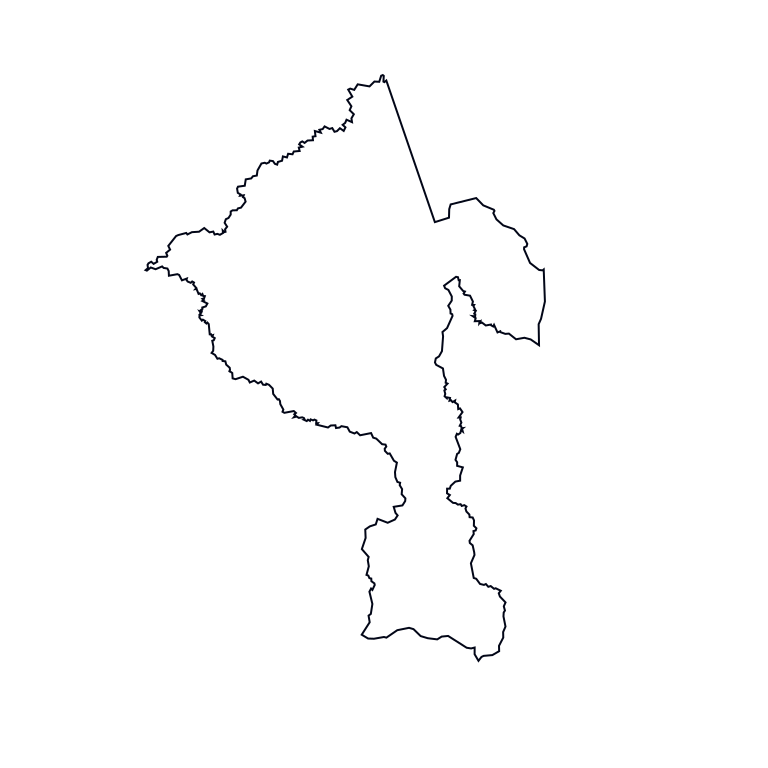 the district of Chiriguaná, Cesar, Colombia, rotated 71°
{"feature_id": "7082276B64056915020692", "entity_name": "Chiriguaná", "entity_type": "district", "adm_level": 2, "iso_a3": "COL", "parent_name": "Colombia", "parent_adm1": "Cesar", "projection": "orthographic", "projection_center": [-73.541, 9.425], "detail": "fine", "context": "isolated", "style": "outline", "palette": "ink", "viewbox_px": 768, "rotation_deg": 71, "n_neighbors": 0, "source": "geoboundaries", "source_scale": "gbopen_adm2", "svg_char_len": 6151}
<svg xmlns="http://www.w3.org/2000/svg" viewBox="0 0 768 768"><g transform="rotate(71 384 384)"><path d="M92.1,311.3L96.2,316.4L93.7,319.8L94.0,322.0L102.0,320.4L103.5,326.3L110.8,324.4L113.9,327.3L119.1,324.7L122.2,328.3L126.0,329.0L121.9,333.4L124.5,335.7L125.5,338.7L128.8,336.9L131.6,339.7L127.8,342.4L129.6,346.1L129.4,348.7L125.2,349.6L125.1,352.5L121.1,356.3L123.0,359.0L122.6,362.3L125.8,361.9L122.3,367.0L127.4,368.1L126.9,370.9L130.4,371.8L128.9,377.0L130.2,380.6L128.0,382.3L128.4,384.5L129.8,386.2L133.1,383.8L132.7,387.6L136.2,387.9L134.8,393.6L137.0,395.7L135.1,399.7L138.2,402.0L135.9,405.5L139.7,407.7L139.5,412.0L141.8,413.6L140.3,415.5L137.1,416.4L135.6,419.3L137.0,420.5L137.3,423.4L136.0,424.7L135.6,428.1L140.9,434.1L145.5,436.4L144.9,440.3L146.4,442.6L145.5,448.1L151.2,451.1L149.9,457.8L151.4,459.3L155.7,460.0L158.1,457.9L159.1,458.9L159.9,455.2L161.4,456.5L162.9,455.3L166.5,455.5L170.7,461.8L170.4,464.9L171.8,466.6L170.5,470.7L171.0,472.8L173.9,473.8L176.4,477.0L176.7,479.9L179.7,482.2L184.2,481.1L186.0,483.9L188.5,484.3L188.4,485.5L186.4,486.5L188.8,487.0L189.5,490.6L187.8,492.7L187.5,495.5L184.3,495.8L183.8,499.6L178.0,503.2L179.8,509.3L177.9,516.2L178.6,521.2L176.8,521.8L176.2,530.0L176.4,532.4L183.2,543.0L187.3,542.5L189.1,547.3L192.2,547.1L192.9,548.0L190.2,556.5L192.6,558.5L194.6,558.6L195.4,562.7L192.6,564.3L193.2,567.4L194.4,568.8L197.6,569.4L198.7,572.3L199.6,571.3L197.9,566.6L201.1,562.6L200.6,555.5L202.5,554.6L204.3,551.2L207.1,550.8L211.6,552.1L212.9,543.6L214.2,542.2L220.2,541.3L220.1,536.1L221.2,536.9L223.2,536.3L225.4,533.8L224.6,532.0L226.2,530.6L227.7,532.0L232.2,530.2L232.9,531.4L233.1,530.3L238.4,530.0L238.3,528.7L240.5,527.9L239.8,526.4L241.9,526.3L242.6,524.8L244.4,526.2L244.4,527.9L246.0,527.0L246.4,528.7L250.4,524.8L252.6,527.2L252.5,530.9L253.9,531.2L254.5,533.1L255.7,532.4L256.8,533.3L255.5,534.6L257.3,534.2L258.3,535.7L259.3,534.8L259.0,536.1L261.0,536.9L264.8,535.6L264.2,534.3L266.3,532.5L267.2,533.3L269.0,532.2L268.4,531.0L270.3,530.2L280.3,532.6L280.7,531.3L282.1,531.3L282.1,529.9L283.4,530.9L285.5,529.1L287.2,530.7L287.2,532.3L293.0,533.1L297.0,534.7L298.5,536.9L301.5,534.3L305.9,533.3L306.0,531.5L308.6,528.8L309.7,529.1L310.9,526.6L314.3,526.9L318.4,524.6L320.5,525.0L322.1,526.6L321.8,525.6L324.2,523.9L329.4,525.3L331.1,522.8L331.2,515.0L335.9,510.8L338.9,510.4L338.5,505.6L342.4,502.9L341.7,499.4L345.3,498.6L346.4,496.1L345.4,495.2L347.3,493.0L352.1,490.7L357.3,492.0L364.0,489.7L364.1,488.4L366.2,487.9L369.3,488.6L375.4,487.5L377.2,489.0L378.8,487.6L380.2,478.1L382.7,476.7L383.4,478.7L384.9,478.0L386.1,480.0L386.3,477.2L388.3,475.6L388.9,472.2L390.1,470.8L391.7,470.6L391.7,471.4L393.9,469.1L393.0,467.5L394.8,466.0L393.6,464.9L395.3,462.9L395.0,461.4L396.5,459.8L399.0,460.9L399.5,459.3L400.5,461.0L406.9,451.1L405.9,447.9L407.2,443.4L410.0,443.7L410.7,440.2L410.0,438.0L413.0,432.7L417.9,431.9L421.2,428.0L420.6,425.4L424.7,423.3L426.2,412.2L431.2,411.7L433.1,409.1L440.3,405.4L441.8,402.3L443.9,402.2L445.4,404.4L447.5,404.9L451.2,403.2L451.5,401.2L459.8,399.6L462.5,397.4L470.9,402.3L475.8,403.6L481.0,403.2L482.6,400.9L484.8,402.1L489.3,401.1L494.0,403.2L499.1,401.0L501.6,402.1L504.8,406.1L503.3,414.8L509.6,415.1L512.7,413.9L515.7,417.8L516.4,425.7L509.4,434.0L514.1,437.5L514.0,443.7L515.5,449.1L523.6,451.5L532.9,458.7L542.5,454.8L545.3,456.7L551.4,457.7L558.8,462.7L560.0,461.2L562.8,461.0L563.8,459.4L566.4,460.1L569.4,458.0L571.0,458.2L574.9,462.0L573.2,462.8L575.6,465.4L588.2,466.6L597.1,471.3L598.0,474.0L604.6,475.1L613.8,486.7L619.5,481.9L621.6,476.4L623.2,466.4L624.6,464.3L621.1,451.6L622.7,439.7L625.4,435.9L634.3,431.4L638.6,425.4L642.8,416.8L641.6,411.7L643.1,405.4L660.3,391.7L662.4,387.7L662.7,384.1L669.0,386.3L676.5,384.8L673.8,380.7L673.5,378.3L675.6,369.8L674.1,362.1L669.0,360.5L662.6,353.8L657.3,352.1L652.9,348.1L642.6,346.7L639.0,345.2L637.6,343.4L633.2,343.1L630.1,340.2L622.7,343.6L619.2,343.6L617.5,340.9L613.5,344.9L613.5,346.6L609.8,348.9L609.7,351.4L606.3,352.8L606.5,354.9L604.3,358.3L598.2,360.2L596.6,362.3L581.8,360.2L575.1,354.1L572.4,353.5L565.4,352.7L562.3,354.6L560.1,354.2L555.1,348.0L552.2,347.3L552.3,345.0L550.5,343.6L547.3,345.2L542.3,343.3L539.1,343.6L537.8,346.4L535.2,345.8L531.4,347.6L528.2,347.5L526.7,345.9L524.7,347.5L524.6,350.2L522.6,350.7L522.1,353.4L519.9,355.0L518.9,357.4L512.6,361.3L510.4,357.9L507.9,360.0L503.5,358.4L504.4,355.9L502.0,354.0L499.5,348.3L500.2,343.5L495.3,341.8L488.5,336.6L485.2,341.5L481.8,340.3L479.0,341.1L473.9,337.6L473.5,335.7L470.5,333.1L457.3,333.5L454.8,331.3L455.9,330.4L455.2,327.8L452.7,326.1L454.5,325.0L451.8,324.8L451.4,323.7L451.1,325.0L449.0,324.8L448.2,326.0L445.7,323.4L442.2,323.5L440.6,322.4L440.0,324.4L436.1,318.9L431.8,320.1L431.9,322.0L427.4,320.8L424.3,323.1L422.8,322.2L423.4,325.1L421.1,326.0L421.1,327.5L418.7,326.1L417.2,328.7L418.0,329.2L415.3,330.7L413.3,329.3L409.7,329.0L409.2,327.4L406.5,328.0L404.3,323.8L402.9,325.3L400.2,324.0L395.9,324.6L388.5,323.2L382.9,328.4L380.2,328.8L376.7,326.7L375.8,323.0L371.8,318.5L358.1,312.6L353.9,311.8L351.7,306.2L341.9,297.0L340.2,296.8L339.0,298.1L335.3,297.0L331.0,297.8L327.2,292.8L323.3,291.4L316.0,292.5L313.4,295.0L310.6,295.2L306.1,281.0L307.1,279.3L310.2,279.6L310.5,278.5L316.1,281.1L321.8,278.9L322.9,277.4L324.4,279.3L325.8,278.8L328.5,273.9L335.0,273.1L337.8,274.9L338.6,273.1L339.3,274.1L343.3,273.6L343.6,274.6L344.7,273.4L346.9,275.8L347.9,275.0L349.7,275.8L348.7,278.0L351.6,275.9L354.2,277.7L355.6,273.2L357.6,274.1L356.5,272.3L357.8,272.7L357.9,271.3L361.8,268.7L362.6,263.5L363.4,263.6L365.2,262.0L363.9,260.7L372.2,259.9L372.0,256.9L372.9,257.0L376.1,253.0L377.0,249.5L384.7,244.6L386.0,236.2L389.6,230.8L397.8,224.8L377.8,218.3L373.5,214.3L358.4,205.0L327.7,195.7L328.2,197.0L326.7,200.2L317.1,206.5L302.2,207.7L300.4,207.0L300.3,204.4L298.2,202.9L292.2,203.7L287.5,207.6L279.9,210.6L272.9,219.6L264.9,224.1L258.0,225.0L256.3,223.2L255.0,223.4L247.4,232.0L238.2,236.3L235.9,262.5L239.9,265.4L247.9,268.4L247.5,283.2L97.8,283.0L98.7,285.4L97.9,286.1L92.6,283.9L91.5,284.6L91.6,286.3L96.7,290.1L94.9,294.6L97.9,300.8L92.1,311.3Z" fill="none" stroke="#020617" stroke-width="2"/></g></svg>